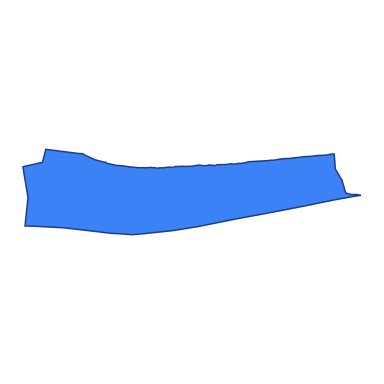 San Mateo del Mar, Oaxaca, Mexico (Albers equal-area conic projection)
{"feature_id": "50627088B86226245749853", "entity_name": "San Mateo del Mar", "entity_type": "district", "adm_level": 2, "iso_a3": "MEX", "parent_name": "Mexico", "parent_adm1": "Oaxaca", "projection": "albers", "projection_center": [-95.034, 16.21], "detail": "fine", "context": "isolated", "style": "filled", "palette": "blue", "viewbox_px": 384, "rotation_deg": 0, "n_neighbors": 0, "source": "geoboundaries", "source_scale": "gbopen_adm2", "svg_char_len": 1882}
<svg xmlns="http://www.w3.org/2000/svg" viewBox="0 0 384 384"><path d="M24.2,174.9L28.0,197.4L25.2,224.2L25.0,226.0L34.1,226.2L51.0,227.1L64.1,227.8L96.7,231.6L111.1,233.3L120.4,233.8L132.1,234.7L143.7,233.7L173.8,230.5L198.4,226.5L236.6,218.8L263.2,213.9L300.0,206.9L317.1,203.4L333.8,200.0L353.6,196.4L361.0,195.3L356.8,194.5L351.2,194.5L345.7,193.0L345.6,192.6L341.8,179.5L341.2,179.2L341.1,178.9L335.3,168.9L334.3,154.9L334.2,154.0L330.8,154.1L326.6,155.1L323.0,155.3L318.0,155.5L311.0,156.3L304.3,156.7L297.7,157.5L292.8,158.0L289.9,158.4L287.9,158.6L285.6,158.5L282.5,158.8L280.0,159.1L277.4,159.5L274.8,160.1L272.2,160.2L270.0,160.2L268.4,160.6L266.0,160.7L263.3,160.9L249.2,161.7L248.1,161.9L246.7,162.3L245.3,162.8L244.1,162.9L243.0,163.1L241.4,163.3L238.1,163.4L237.0,163.7L235.2,164.0L233.5,164.2L231.5,163.7L229.2,164.1L226.0,164.5L223.4,164.6L220.0,164.6L219.4,164.6L217.4,164.6L215.3,165.7L213.3,165.2L211.2,165.3L209.1,164.9L207.5,165.5L205.9,165.6L203.7,165.6L202.1,165.6L200.0,165.1L198.5,165.1L194.7,165.7L192.4,166.2L186.3,166.4L183.4,166.5L182.9,166.1L182.3,166.2L181.4,166.3L179.7,166.6L178.8,166.3L177.9,166.4L176.8,166.6L175.4,166.4L174.6,166.8L173.4,167.2L172.2,167.5L170.5,167.1L169.0,167.1L167.8,167.2L165.2,167.5L163.2,167.9L162.3,167.8L161.2,167.8L159.8,167.9L158.6,168.0L157.1,168.2L155.6,167.9L153.9,167.6L152.3,167.7L150.8,167.4L149.6,167.5L148.0,167.7L146.0,167.8L143.4,167.7L138.5,167.7L136.5,167.5L134.8,167.4L133.0,167.1L130.5,167.0L128.6,166.7L127.8,166.6L122.5,165.8L118.6,165.5L115.7,165.3L113.5,164.7L111.2,164.3L109.5,163.9L107.6,163.5L107.0,163.3L105.5,162.2L102.9,162.0L100.7,161.3L99.2,160.9L97.3,160.3L95.3,159.9L92.7,158.6L91.3,158.2L88.0,156.5L86.3,155.9L85.1,155.1L83.8,154.5L82.9,153.8L82.4,153.5L81.2,153.6L80.3,153.7L59.5,151.1L45.8,149.3L42.5,162.3L23.0,166.7L24.2,174.9Z" fill="#3b82f6" stroke="#1e3a8a" stroke-width="1.5"/></svg>